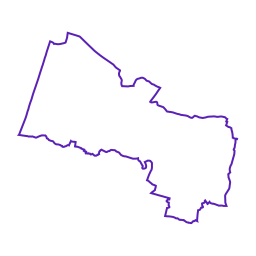 the district of Bang Bo, Samut Prakan, Thailand, rotated 268°
{"feature_id": "78962969B88692242384139", "entity_name": "Bang Bo", "entity_type": "district", "adm_level": 2, "iso_a3": "THA", "parent_name": "Thailand", "parent_adm1": "Samut Prakan", "projection": "albers", "projection_center": [100.852, 13.588], "detail": "fine", "context": "isolated", "style": "outline", "palette": "violet", "viewbox_px": 256, "rotation_deg": 268, "n_neighbors": 0, "source": "geoboundaries", "source_scale": "gbopen_adm2", "svg_char_len": 5777}
<svg xmlns="http://www.w3.org/2000/svg" viewBox="0 0 256 256"><g transform="rotate(268 128 128)"><path d="M199.6,46.9L193.8,44.9L191.6,44.0L191.1,43.8L190.6,43.7L186.0,42.0L180.2,40.0L165.3,34.3L159.9,32.5L156.7,31.2L154.5,30.4L152.5,29.7L150.3,29.1L148.7,28.4L144.0,26.9L141.1,25.8L125.1,18.9L124.9,18.7L123.6,25.7L123.4,27.2L122.9,28.4L123.0,29.7L122.8,31.1L122.9,32.2L121.6,35.5L121.7,36.3L122.7,38.6L123.6,41.4L123.6,42.4L123.4,45.2L123.1,45.5L122.3,46.0L121.6,46.3L120.5,46.5L120.0,47.6L118.6,48.7L118.5,49.2L117.9,50.4L117.5,52.2L117.3,52.6L116.7,53.1L115.5,53.9L114.6,55.0L114.2,55.8L114.0,57.8L113.2,60.0L112.6,60.6L112.3,61.6L111.6,61.8L111.4,62.5L111.4,63.3L111.8,64.3L111.9,65.2L112.8,66.7L113.0,67.2L113.0,67.6L112.7,68.4L113.5,68.7L116.1,70.1L116.9,70.5L116.6,70.7L116.0,73.8L116.1,74.2L115.8,75.2L111.4,74.4L111.1,75.6L111.2,76.2L110.6,77.9L109.4,80.7L109.0,80.7L108.6,81.6L107.9,83.5L107.0,83.1L106.9,83.5L106.3,83.5L106.2,83.8L106.3,84.5L106.2,84.8L105.6,85.5L105.1,85.5L104.8,84.9L104.7,84.9L104.4,84.8L104.0,85.1L104.3,85.9L103.8,86.9L103.8,87.2L104.1,87.6L104.1,87.8L103.7,88.4L103.7,89.1L103.1,89.5L102.8,90.0L103.1,90.7L103.4,91.6L102.8,92.2L102.4,92.7L101.7,93.4L101.5,93.7L101.5,94.3L101.5,95.5L101.7,95.8L102.1,96.3L102.2,97.0L102.7,97.3L102.7,97.8L102.9,98.2L103.3,98.1L104.1,98.2L104.9,98.3L105.3,98.5L105.9,98.9L106.1,99.4L106.6,99.6L106.7,100.0L107.1,100.3L107.3,100.8L106.8,101.5L105.1,104.6L104.8,105.1L104.7,105.5L104.9,106.3L105.5,107.5L105.6,108.7L106.5,109.8L106.6,110.1L106.7,111.1L106.4,112.2L106.4,113.2L106.3,113.8L105.9,114.7L105.2,115.2L105.0,115.4L103.9,118.0L103.4,118.5L101.4,120.0L100.4,121.7L100.2,122.2L99.8,123.4L99.7,124.8L97.2,131.7L97.1,135.1L97.2,136.2L97.4,137.0L96.5,137.0L95.4,137.3L94.8,137.9L94.4,138.7L93.8,139.1L91.3,140.4L90.7,140.6L90.3,141.0L89.9,141.3L89.2,141.4L88.6,141.2L87.9,140.9L87.6,140.9L87.1,141.1L86.9,141.3L86.8,141.6L86.8,142.4L87.1,143.7L87.4,144.3L87.9,144.6L88.9,144.8L89.9,144.8L91.5,144.4L93.4,143.6L94.7,146.6L94.7,147.2L94.5,148.6L94.3,149.2L93.9,149.5L92.7,150.5L92.2,150.7L90.8,150.7L90.0,150.6L88.1,150.6L86.2,150.3L85.3,150.0L84.3,149.3L80.1,147.2L75.1,145.2L74.9,145.9L74.2,146.8L72.9,148.1L71.6,149.7L70.9,150.2L70.5,151.1L70.0,152.4L69.3,153.8L67.9,153.6L65.9,152.9L65.1,152.8L64.7,152.3L62.6,149.3L62.1,148.8L60.8,153.0L59.4,157.3L58.9,159.0L56.3,167.1L55.1,166.8L55.0,165.1L54.0,164.3L53.7,164.0L53.3,164.1L53.1,164.5L52.4,165.1L52.0,166.2L49.2,165.9L48.7,166.3L48.1,166.5L47.3,166.5L47.2,166.0L46.7,164.9L46.7,164.2L38.7,162.0L38.4,163.9L38.2,166.4L37.6,169.7L36.9,171.5L36.0,172.9L36.0,173.5L36.0,174.1L36.0,174.4L34.5,176.2L34.5,176.8L34.3,177.4L34.4,177.9L34.0,179.6L34.1,180.5L33.4,181.0L32.9,181.9L32.2,182.7L31.6,183.9L31.5,184.3L31.5,184.9L31.1,185.5L31.1,186.6L30.8,187.2L30.8,188.1L32.5,189.8L32.7,190.1L32.6,191.0L33.2,192.0L33.5,192.2L33.2,192.8L32.6,193.9L33.1,193.8L39.1,194.5L43.4,195.2L43.5,196.1L43.9,197.1L45.8,198.3L46.0,198.6L46.0,198.9L45.9,199.7L46.2,200.1L46.5,200.2L48.3,199.4L50.0,199.4L50.1,199.5L50.4,201.0L50.9,202.0L51.1,202.1L51.6,202.1L52.0,202.3L52.5,202.2L52.9,202.6L51.6,203.4L50.7,204.2L49.7,204.5L49.3,204.9L49.4,205.0L51.3,206.9L50.8,207.1L50.5,207.5L50.2,207.7L49.8,208.5L49.7,209.1L49.4,209.6L49.4,210.6L49.2,211.0L49.1,211.6L47.2,216.2L47.3,217.2L47.2,217.9L47.3,218.1L47.1,219.8L46.8,220.7L46.7,223.7L49.9,222.7L56.8,222.7L57.3,222.8L58.4,223.3L63.5,226.8L64.4,227.2L70.3,228.2L71.3,228.0L73.6,227.3L74.9,226.8L78.3,226.6L78.6,226.8L78.7,227.2L79.2,227.5L80.0,228.6L80.3,228.6L81.1,228.3L82.7,228.2L83.4,228.2L84.8,228.5L86.9,229.3L88.1,230.1L98.1,233.3L101.5,233.7L102.0,233.4L102.5,232.9L103.0,232.9L104.3,233.7L104.7,233.9L107.3,234.3L109.7,234.9L111.8,235.0L112.4,235.2L112.7,235.4L113.0,235.9L113.1,236.2L112.9,237.3L113.4,236.6L113.6,235.8L113.6,234.5L113.9,234.1L114.0,233.4L114.4,233.0L114.6,232.4L115.1,232.5L115.3,232.4L115.9,232.4L116.2,232.3L117.8,232.3L120.7,231.9L122.1,231.5L123.3,231.3L124.2,231.3L124.3,231.2L125.3,229.6L125.5,228.5L125.7,228.2L127.2,226.1L129.1,226.9L129.6,227.0L130.6,227.4L130.9,226.5L131.0,226.4L133.5,227.5L133.9,226.7L135.2,225.5L135.4,225.2L136.0,222.9L136.3,221.4L136.0,217.9L136.1,217.1L136.5,215.3L136.6,214.1L136.5,209.4L136.4,208.0L135.9,206.3L135.4,203.0L135.7,201.6L136.1,199.7L136.5,198.8L137.2,197.5L137.5,196.3L137.8,195.6L137.9,195.2L137.7,194.8L136.2,193.0L135.9,192.4L136.0,191.8L136.3,190.6L137.8,188.2L138.4,186.5L139.3,181.3L140.0,179.6L140.1,179.0L140.4,177.8L141.1,175.8L141.9,173.8L142.5,171.3L142.7,169.7L143.0,168.7L143.0,167.9L143.2,167.5L143.6,167.2L144.5,166.6L145.8,165.6L147.5,164.1L147.7,163.8L149.0,160.3L149.6,158.9L149.9,158.5L150.1,158.3L150.6,158.2L152.3,158.1L152.7,157.9L153.0,157.6L153.2,157.2L153.2,156.6L152.8,153.8L152.7,152.5L152.9,151.8L153.4,151.1L153.9,151.4L160.4,156.7L164.7,159.8L167.0,161.6L167.4,161.0L168.2,158.9L168.8,157.9L169.4,156.8L170.5,155.3L170.9,154.0L171.1,153.5L171.8,152.6L172.6,151.9L173.9,150.5L174.5,148.5L175.0,147.9L176.2,146.9L176.6,146.5L177.6,144.7L177.8,143.9L177.7,142.8L177.1,140.9L176.8,139.4L176.6,138.9L176.1,138.2L175.3,137.4L173.2,136.4L171.6,135.4L170.8,135.1L169.9,135.1L169.9,132.5L169.9,131.8L169.6,130.0L169.6,128.7L169.9,125.3L170.0,123.6L171.4,123.0L172.8,122.9L173.9,123.0L175.4,123.4L176.0,123.4L176.5,123.3L177.1,123.1L179.3,121.9L180.5,121.1L181.6,120.9L182.9,120.9L184.2,121.3L185.5,122.0L185.9,122.0L188.9,118.0L191.5,115.9L191.9,115.6L199.6,105.2L201.9,102.3L205.5,98.1L206.6,96.9L213.2,90.5L220.2,83.8L220.9,83.1L221.2,82.6L222.3,79.6L225.2,71.1L220.2,70.2L215.9,68.7L215.6,68.6L215.5,68.4L215.0,66.8L214.3,63.0L214.2,61.6L214.2,60.5L214.7,58.1L214.7,57.6L214.6,57.0L215.4,56.6L215.8,56.2L216.5,55.1L217.3,53.2L207.2,49.5L203.1,48.2L201.0,47.3L199.6,46.9Z" fill="none" stroke="#5b21b6" stroke-width="2"/></g></svg>